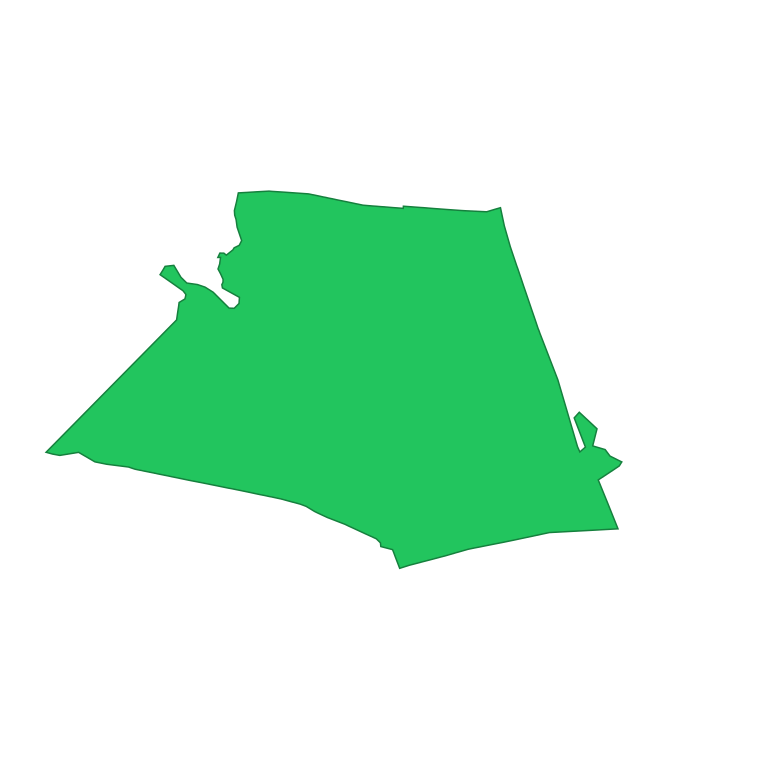 San Mateo Etlatongo, Oaxaca, Mexico (Mercator projection), rotated 26°
{"feature_id": "50627088B15495496169885", "entity_name": "San Mateo Etlatongo", "entity_type": "district", "adm_level": 2, "iso_a3": "MEX", "parent_name": "Mexico", "parent_adm1": "Oaxaca", "projection": "mercator", "projection_center": [-97.265, 17.424], "detail": "fine", "context": "isolated", "style": "filled", "palette": "green", "viewbox_px": 768, "rotation_deg": 26, "n_neighbors": 0, "source": "geoboundaries", "source_scale": "gbopen_adm2", "svg_char_len": 2666}
<svg xmlns="http://www.w3.org/2000/svg" viewBox="0 0 768 768"><g transform="rotate(26 384 384)"><path d="M110.2,593.5L116.7,592.3L123.9,590.3L139.5,579.3L158.3,580.7L169.9,577.7L190.8,570.6L194.8,570.1L197.6,569.7L200.0,569.1L252.1,555.7L259.5,553.7L278.9,548.6L282.4,547.7L285.9,546.8L289.4,545.9L292.9,544.9L296.4,544.0L303.3,542.2L303.8,542.1L304.5,541.9L311.2,540.2L316.1,539.0L320.9,537.8L325.7,536.5L330.3,535.4L332.7,534.7L334.0,534.4L340.9,532.7L341.6,532.5L353.8,530.2L354.5,530.0L361.4,528.7L367.6,528.1L377.5,529.0L381.2,529.0L387.0,528.9L391.9,528.8L392.8,528.7L400.0,528.1L407.1,527.5L410.5,527.2L414.4,527.2L418.0,527.1L433.0,526.8L445.0,526.5L450.4,528.3L452.4,531.5L464.3,529.1L467.1,531.7L469.6,534.1L478.9,542.8L486.1,535.9L495.0,528.3L495.4,527.9L502.1,522.2L511.1,514.4L514.3,511.7L523.3,503.5L523.7,503.2L531.9,495.8L537.2,491.7L542.3,487.9L542.9,487.4L553.7,479.2L560.2,474.3L568.5,467.9L597.8,445.0L615.8,435.0L622.1,431.5L634.7,424.5L644.0,419.3L657.8,411.6L637.7,393.4L618.6,376.3L627.4,361.4L631.4,354.5L631.7,351.4L631.9,349.8L627.2,349.8L618.7,349.7L611.5,346.0L600.3,347.9L598.9,348.1L598.7,348.1L595.8,334.3L595.1,330.9L571.9,323.8L569.8,331.1L588.5,348.5L591.5,351.3L592.7,352.4L589.8,359.2L585.4,355.5L542.4,308.4L538.4,304.0L508.5,276.2L501.8,270.0L499.6,267.8L499.1,267.4L498.8,267.2L497.7,266.1L492.2,260.5L486.4,254.7L484.7,253.0L471.1,239.3L466.5,234.7L461.8,229.9L453.2,221.2L451.8,219.9L437.3,205.2L422.8,189.1L411.4,174.5L407.4,178.1L402.2,182.9L400.8,184.2L381.0,192.7L377.4,194.2L364.5,199.4L352.2,204.3L348.4,205.8L342.2,208.2L339.8,209.2L323.5,215.7L324.3,217.7L317.0,220.6L313.5,222.0L306.5,224.7L303.1,226.1L299.7,227.4L296.0,228.9L286.7,232.5L281.5,233.8L280.5,234.1L277.2,234.9L273.7,235.8L269.7,236.8L268.2,237.2L261.7,238.9L255.9,240.3L255.2,240.5L253.4,241.0L251.4,241.5L250.8,241.6L249.6,241.9L247.5,242.5L245.0,243.1L242.6,243.7L237.8,244.9L237.2,245.1L233.6,246.0L232.9,246.2L232.1,246.5L210.3,255.3L198.6,260.1L196.2,261.0L185.8,266.8L176.1,272.3L175.7,272.5L169.3,276.1L171.6,285.0L173.5,293.7L175.8,297.7L179.0,301.1L183.2,307.4L193.2,317.5L193.1,322.8L189.6,327.3L189.4,329.7L185.8,337.3L182.7,336.6L179.1,338.3L179.2,343.1L181.6,341.9L183.7,348.2L184.4,353.4L188.8,356.6L191.1,358.5L193.5,360.5L194.7,363.2L194.7,365.8L196.7,368.5L216.1,369.5L218.4,375.2L216.2,381.6L211.5,383.7L190.2,376.4L181.0,375.4L180.5,375.4L172.7,376.4L162.5,379.7L154.7,377.1L143.1,369.5L135.7,374.2L135.4,378.1L134.8,383.9L147.6,385.9L159.3,387.8L162.5,388.3L166.7,390.4L166.9,391.2L167.1,391.7L167.8,394.8L164.1,400.5L165.5,404.7L167.2,410.2L169.5,417.3L110.2,593.5Z" fill="#22c55e" stroke="#15803d" stroke-width="1.5"/></g></svg>